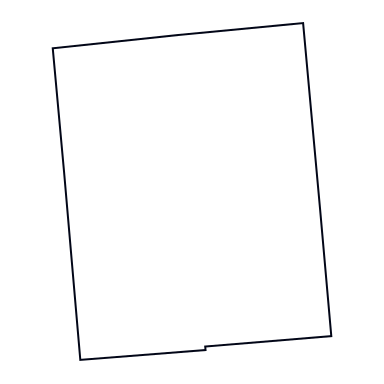 Ellsworth, Kansas, United States of America, rotated 265°
{"feature_id": "52423323B44476326195036", "entity_name": "Ellsworth", "entity_type": "district", "adm_level": 2, "iso_a3": "USA", "parent_name": "United States of America", "parent_adm1": "Kansas", "projection": "albers", "projection_center": [-98.23, 38.696], "detail": "fine", "context": "isolated", "style": "outline", "palette": "ink", "viewbox_px": 384, "rotation_deg": 265, "n_neighbors": 0, "source": "geoboundaries", "source_scale": "gbopen_adm2", "svg_char_len": 289}
<svg xmlns="http://www.w3.org/2000/svg" viewBox="0 0 384 384"><g transform="rotate(265 192 192)"><path d="M34.5,66.1L33.4,191.7L36.9,191.7L36.3,318.2L162.5,318.1L350.6,317.4L350.1,254.5L349.6,191.6L347.3,65.8L222.4,66.3L34.5,66.1Z" fill="none" stroke="#020617" stroke-width="2"/></g></svg>